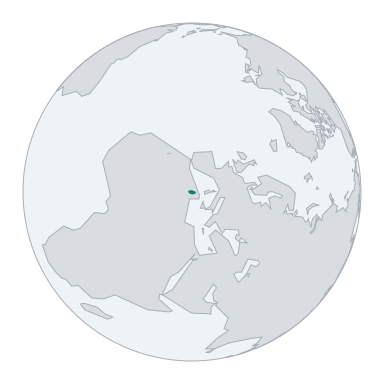 Tébessa highlighted on a globe, orthographic projection, rotated 80°
{"feature_id": "DZA-2223", "entity_name": "Tébessa", "entity_type": "Province", "adm_level": 1, "iso_a3": "DZA", "parent_name": "Algeria", "parent_adm1": "", "projection": "orthographic", "projection_center": [7.688, 35.056], "detail": "fine", "context": "on_globe", "style": "filled", "palette": "teal", "viewbox_px": 384, "rotation_deg": 80, "n_neighbors": 0, "source": "natural_earth", "source_scale": "10m", "svg_char_len": 10565}
<svg xmlns="http://www.w3.org/2000/svg" viewBox="0 0 384 384"><g transform="rotate(80 192 192)"><circle cx="192" cy="192" r="169" fill="#eef3f6" stroke="#a8b0b8"/><path d="M101.6,49.3L108.8,45.3L104.2,48.0L107.7,46.2L113.7,43.0L116.7,41.3L136.8,34.3L157.0,28.4L161.5,26.7L162.0,27.4L169.3,24.7L177.7,23.6L178.3,23.6L169.2,24.9L169.0,25.2L176.2,24.2L177.6,24.4L181.9,24.2L182.9,24.6L177.1,25.9L177.6,26.4L182.7,25.7L186.9,26.1L179.4,26.9L186.0,27.8L177.4,31.1L156.4,34.6L152.7,38.4L133.9,47.6L136.7,47.8L131.3,52.0L132.5,53.9L128.7,55.5L132.9,55.7L136.2,53.9L139.2,53.5L140.2,54.5L135.5,56.6L134.3,56.4L133.4,57.6L130.6,58.2L132.6,58.5L126.8,61.2L134.0,60.3L130.5,63.8L126.3,65.2L124.9,62.8L111.6,61.4L106.9,62.8L101.6,66.7L95.4,78.5L91.0,81.3L86.2,86.7L89.5,86.0L94.4,81.6L99.3,82.0L104.7,77.0L107.5,76.6L113.7,72.8L114.7,76.0L112.3,81.3L107.1,84.8L105.9,87.4L112.3,86.4L104.3,95.7L101.6,107.1L99.3,109.5L92.0,109.2L88.1,102.7L78.6,104.0L86.6,106.0L80.8,112.7L80.6,115.2L82.0,116.7L85.0,115.4L83.4,118.5L74.9,117.2L76.2,114.4L78.9,114.7L77.0,111.9L71.2,111.8L68.6,115.6L62.5,112.9L60.7,115.7L58.3,116.9L61.7,112.5L55.4,120.6L47.9,121.3L39.2,136.1L45.6,120.9L46.6,116.0L47.1,111.9L45.6,114.1L48.2,106.6L47.1,106.0L41.6,115.1L36.6,125.8L34.1,132.7L35.8,129.9L35.4,133.8L30.6,143.4L29.0,153.8L26.3,162.9L25.1,170.5L25.6,173.5L25.7,180.4L27.6,177.7L29.8,179.6L28.0,187.8L30.7,183.2L30.9,189.9L36.4,199.6L35.5,200.7L39.9,218.6L47.6,231.7L49.3,239.7L48.1,242.3L51.4,246.4L51.5,248.9L67.3,264.2L77.5,275.9L78.6,283.9L72.9,288.5L74.4,303.2L65.9,300.3L68.3,305.3L69.4,308.3L60.9,298.6L53.1,288.2L46.2,277.3L40.1,265.9L34.8,254.0L30.6,241.8L27.2,229.3L24.8,216.6L23.4,203.7L23.4,202.7L23.1,196.9L24.1,191.5L25.3,178.9L25.3,175.1L24.4,177.0L25.9,162.6L28.2,151.7L32.1,137.5L36.6,125.7L42.0,114.1L48.3,103.1L55.4,92.5L63.3,82.5L71.9,73.2L81.2,64.4L91.1,56.5L101.6,49.3ZM36.7,140.4L35.1,156.9L33.6,152.3L34.3,152.0L35.2,146.7L36.1,139.6L35.4,136.2L36.7,140.4ZM41.4,136.9L41.4,134.7L41.7,136.3L41.4,136.9ZM117.8,40.7L113.6,43.0L107.8,46.0L111.1,44.0L117.8,40.7ZM129.2,35.9L127.6,36.7L123.9,37.9L125.9,37.0L129.2,35.9ZM164.5,25.7L160.8,26.4L163.9,25.7L164.5,25.7ZM182.3,24.1L182.9,23.9L184.9,23.9L182.3,24.1ZM112.8,71.4L113.2,72.1L111.8,72.4L112.8,71.4ZM115.0,69.2L113.1,69.1L113.9,68.1L115.1,68.1L115.0,69.2ZM188.3,24.7L191.2,25.0L187.2,24.9L188.3,24.7ZM117.3,69.6L115.6,66.2L117.0,64.5L122.7,63.4L117.3,69.6ZM192.3,25.4L199.6,26.5L201.6,26.0L200.1,28.4L194.4,26.4L189.1,26.2L192.3,25.9L192.3,25.4ZM136.8,52.9L133.4,54.8L135.3,52.3L136.8,52.9ZM137.3,51.4L139.0,45.0L144.6,43.0L142.9,45.4L149.4,42.3L151.3,44.4L148.1,46.6L144.1,47.4L147.9,47.6L137.3,51.4ZM198.1,29.7L199.0,30.4L197.0,30.0L198.1,29.7ZM140.5,53.1L140.4,51.9L145.2,50.0L146.4,52.2L144.4,52.0L140.5,53.1ZM150.1,40.6L153.9,39.7L156.5,41.1L158.3,41.1L151.8,44.3L150.1,40.6ZM143.8,53.0L146.9,53.4L145.5,55.3L141.0,54.2L143.8,53.0ZM145.9,48.6L148.3,47.9L147.4,49.0L145.9,48.6ZM142.4,62.9L142.1,61.1L144.6,60.0L142.4,62.9ZM148.1,53.4L148.5,52.7L149.5,52.1L151.1,52.8L148.1,53.4ZM154.1,45.2L154.3,46.1L156.9,43.9L158.9,45.1L154.2,47.2L157.1,46.8L157.7,47.2L153.1,48.4L154.1,45.2ZM155.6,51.8L150.3,55.1L150.3,58.5L148.1,59.5L148.5,54.0L155.6,51.8ZM154.6,49.7L154.7,51.2L151.9,51.6L150.0,50.9L154.6,49.7ZM162.0,45.3L160.1,42.9L161.2,42.6L162.0,45.3ZM156.2,52.6L157.5,51.8L156.5,52.8L156.2,52.6ZM160.8,47.4L160.0,46.5L161.3,46.2L160.8,47.4ZM160.7,51.0L159.0,52.0L157.7,51.5L160.7,51.0ZM161.2,49.3L163.2,49.0L158.2,50.7L160.6,48.9L161.2,49.3ZM162.2,47.2L162.7,46.7L162.3,47.6L162.2,47.2ZM166.7,52.7L160.8,55.0L157.9,53.7L164.0,51.6L166.7,52.7ZM314.0,75.1L310.0,71.1L310.4,71.9L307.4,69.2L312.7,75.2L308.6,71.6L314.8,78.4L317.0,80.0L313.9,75.7L320.9,83.7L323.1,85.5L325.3,88.1L333.9,100.3L341.5,113.2L345.2,121.1L346.5,123.8L346.2,123.9L349.4,132.2L352.3,138.6L357.1,155.9L356.2,156.0L358.7,167.2L359.4,169.2L360.2,176.1L359.7,172.4L359.4,172.1L357.6,162.8L353.6,152.6L354.1,159.5L352.2,154.2L346.9,148.3L346.5,158.1L347.1,182.0L350.2,196.4L349.1,205.9L340.2,192.1L334.5,179.9L332.4,184.2L322.4,178.2L308.1,188.5L305.1,185.8L302.7,189.5L295.4,189.2L290.6,184.5L286.6,187.0L299.4,199.4L303.5,196.6L305.7,187.9L308.5,193.1L315.4,194.6L311.1,213.6L288.4,238.6L284.7,228.2L259.6,203.3L259.5,199.4L259.3,199.0L258.9,198.3L258.2,204.9L253.3,199.6L268.4,218.8L271.6,227.7L288.1,239.4L287.0,241.7L291.8,243.2L305.6,232.1L306.0,235.8L300.4,255.9L280.0,285.7L281.9,298.0L279.0,309.1L264.4,320.1L263.8,326.9L256.1,331.3L254.3,335.2L247.0,340.3L235.5,345.8L217.9,348.5L218.3,345.8L211.7,340.6L203.2,324.4L209.1,315.2L208.2,308.1L195.3,291.7L198.2,281.4L194.4,277.2L186.7,278.5L182.1,273.2L177.4,273.0L146.5,274.7L136.3,266.4L122.1,241.7L127.1,233.4L126.6,222.3L159.7,187.7L168.4,190.5L196.3,185.2L200.0,186.4L198.5,195.7L220.8,204.5L226.0,196.2L244.5,198.7L255.7,195.6L256.6,177.9L238.3,182.6L233.4,175.2L246.7,164.3L262.5,160.6L261.1,157.6L249.7,153.6L251.8,146.6L245.5,151.7L249.2,154.1L245.3,157.6L241.8,155.6L242.7,153.1L237.5,152.9L234.5,165.6L237.9,169.4L225.2,174.2L229.7,181.2L226.7,185.4L218.2,175.2L217.9,170.8L203.2,160.4L202.4,165.2L216.2,175.6L212.5,175.2L211.5,182.5L209.4,176.6L194.5,164.7L182.1,168.2L168.9,186.1L161.1,187.3L153.4,183.4L155.7,165.4L172.8,164.8L173.9,159.1L168.3,150.7L173.9,151.5L173.8,148.2L180.0,147.7L186.7,139.6L192.8,138.5L193.4,128.6L196.6,126.8L195.3,133.0L197.6,137.0L212.4,134.7L214.6,132.3L213.9,126.2L218.0,126.6L215.3,121.1L222.8,117.3L211.5,117.5L210.2,111.1L213.6,105.4L211.2,103.5L205.6,112.8L205.3,116.5L208.2,119.6L205.4,130.8L200.8,133.1L196.0,122.1L188.9,124.5L188.3,115.5L203.6,95.0L211.1,90.4L227.6,95.3L227.1,99.6L220.8,99.8L228.5,105.1L227.0,102.0L230.4,102.6L230.1,97.1L232.5,97.3L228.1,92.0L231.0,91.7L233.8,95.0L235.9,87.3L241.4,85.5L240.7,83.7L238.4,82.3L247.0,81.3L246.1,80.1L243.0,79.9L239.1,77.4L235.6,72.9L238.8,72.8L240.5,74.4L248.8,77.9L252.8,82.7L253.7,82.2L251.0,78.1L240.9,73.7L237.9,71.1L242.8,72.5L240.8,71.8L240.3,70.4L242.8,69.1L237.4,67.4L227.8,54.5L231.6,51.2L237.1,53.6L233.7,45.9L238.3,43.7L235.4,43.4L231.8,40.2L230.3,40.7L228.6,40.4L218.6,33.4L218.7,32.1L211.1,29.6L209.6,29.6L209.0,30.4L200.1,28.4L201.6,26.0L204.9,26.1L203.6,24.9L211.4,25.6L217.3,25.9L226.7,27.9L230.5,28.4L229.5,27.9L234.0,28.5L246.6,32.1L240.8,31.1L222.7,28.1L230.5,29.3L230.0,29.8L233.6,30.7L238.9,31.7L238.7,31.4L254.0,38.4L269.5,45.0L265.2,41.7L266.8,41.6L280.7,48.4L304.7,66.4L307.0,68.2L314.0,75.1ZM150.3,206.8L149.9,210.3L150.3,206.8ZM280.7,165.2L289.2,161.9L282.7,153.2L285.4,151.3L282.2,149.2L282.2,152.6L274.0,146.5L276.6,141.8L274.2,137.7L271.3,138.7L267.7,148.6L279.5,157.0L278.7,162.2L280.7,165.2ZM36.7,199.8L37.1,202.5L36.0,201.0L36.7,199.8ZM32.1,154.8L32.4,157.0L32.1,159.4L31.7,158.2L32.1,154.8ZM37.4,172.2L38.3,175.3L36.8,173.5L37.4,172.2ZM35.2,159.4L36.6,170.1L33.9,167.7L33.1,161.1L34.4,163.7L35.2,159.4ZM38.7,140.5L38.6,142.4L37.8,143.4L38.7,140.5ZM41.6,138.1L41.4,137.7L42.0,135.9L41.6,138.1ZM81.3,112.7L81.9,112.9L82.8,115.0L81.3,115.0L81.3,112.7ZM93.7,119.1L90.8,124.0L91.8,120.3L89.0,121.1L87.6,114.7L98.1,110.4L93.6,113.3L93.7,119.1ZM88.7,105.6L88.4,109.7L88.3,105.4L88.7,105.6ZM166.6,132.0L169.4,134.1L168.0,137.9L160.3,140.4L162.3,134.9L166.6,132.0ZM173.7,136.2L171.0,125.2L175.7,123.5L173.5,126.3L176.9,126.3L174.3,130.7L181.3,140.4L180.5,144.4L166.8,146.3L171.7,143.2L168.7,141.3L173.7,136.2ZM156.1,103.8L155.0,100.0L166.5,101.1L166.2,104.6L158.5,107.0L154.4,104.5L156.1,103.8ZM127.7,68.9L126.5,68.1L127.8,67.4L129.9,67.5L127.7,68.9ZM142.0,62.2L134.1,71.8L132.4,71.3L129.8,78.1L124.2,79.6L126.1,75.0L119.9,81.5L119.3,78.0L115.6,82.7L120.4,72.4L119.6,69.8L122.6,72.0L127.7,70.7L129.7,69.4L134.8,63.8L135.7,58.1L140.9,56.2L144.4,56.4L145.0,57.5L141.4,58.3L144.7,59.2L140.0,61.2L142.0,62.2ZM181.8,65.6L177.4,65.1L183.3,69.1L178.6,70.4L179.6,70.8L176.8,73.2L175.2,76.9L172.8,77.0L173.2,78.4L171.4,80.2L171.2,82.2L166.8,83.4L166.2,86.0L164.5,85.1L164.5,89.5L162.5,86.7L160.0,89.0L163.3,90.5L140.3,93.4L132.2,97.4L126.5,102.5L123.8,97.7L127.4,90.1L134.3,82.4L142.5,79.5L139.8,78.0L143.0,76.3L143.8,78.2L144.4,74.3L147.2,73.5L153.3,67.9L152.5,63.3L154.7,61.4L156.4,62.7L157.4,59.8L162.2,61.2L163.9,59.9L170.3,60.1L172.6,63.8L174.4,62.1L179.3,62.4L181.8,65.6ZM168.5,52.9L172.4,56.5L171.7,59.2L160.8,57.8L158.6,58.8L151.7,58.4L152.8,54.7L154.7,55.1L156.8,54.7L155.6,56.0L158.1,54.6L160.8,55.2L163.5,54.4L164.0,55.7L168.5,52.9ZM203.3,182.7L206.0,182.8L210.1,181.9L209.5,186.7L203.3,182.7ZM193.1,174.6L195.4,173.9L196.5,179.8L193.7,179.9L193.1,174.6ZM195.7,168.6L195.4,173.4L193.9,170.8L195.7,168.6ZM197.3,132.1L199.7,131.1L200.3,132.5L199.5,134.8L197.3,132.1ZM198.3,79.2L195.9,78.1L196.4,77.3L193.5,73.4L196.7,72.3L199.8,74.3L198.3,79.2ZM254.1,181.7L251.4,185.8L249.5,184.7L250.8,183.5L254.1,181.7ZM229.8,187.0L235.9,188.1L229.6,188.3L229.8,187.0ZM201.4,77.4L199.8,75.8L202.4,76.3L201.4,77.4ZM199.0,71.4L201.8,71.5L196.8,71.7L199.0,71.4ZM302.7,297.0L289.3,318.3L282.8,321.3L283.1,317.1L289.1,305.3L297.1,298.8L301.5,291.9L302.7,297.0ZM360.9,187.9L360.0,182.8L360.3,179.7L360.6,180.3L360.9,187.9ZM350.7,197.2L353.3,203.0L352.4,206.4L350.7,197.2ZM348.2,127.6L349.3,130.6L348.5,128.8L346.6,123.9L348.2,127.6ZM227.0,69.0L227.4,75.4L229.9,80.0L234.6,82.1L228.1,82.1L224.3,75.1L227.0,69.0ZM227.3,56.1L223.1,54.7L224.8,53.8L226.0,54.0L227.3,56.1ZM224.9,56.3L220.2,57.5L217.7,55.8L221.9,55.1L224.9,56.3ZM210.9,66.8L210.8,68.7L208.7,68.2L210.9,66.8ZM278.9,47.1L276.7,45.8L275.9,45.3L278.9,47.1ZM273.6,44.1L274.9,44.8L264.6,40.8L261.6,39.6L267.7,41.1L269.2,42.0L272.3,43.5L273.6,44.1ZM200.5,30.1L199.2,30.3L199.4,29.8L200.5,30.1ZM227.8,40.8L225.6,40.3L226.0,39.5L227.8,40.8ZM219.5,38.4L220.7,39.7L218.1,38.4L219.5,38.4ZM223.5,42.7L220.5,40.2L225.3,42.6L223.5,42.7Z" fill="#d9dde1" stroke="#a8b0b8" stroke-width="1"/><path d="M193.0,193.5L192.8,193.7L192.7,193.7L192.4,193.8L192.3,194.0L192.2,194.3L192.1,194.5L191.9,194.5L191.7,194.7L191.6,194.8L191.1,194.8L190.8,194.7L190.7,194.6L190.8,194.2L190.9,193.7L191.0,193.5L191.0,193.4L191.2,193.2L191.3,193.0L191.3,192.9L191.3,192.7L191.2,192.4L191.1,192.2L191.1,192.3L190.9,192.4L191.0,192.5L190.9,192.6L190.9,192.4L191.0,192.2L191.3,191.8L191.3,191.7L191.3,191.4L191.3,191.2L191.6,190.9L192.2,190.4L192.3,190.4L192.3,190.1L192.4,189.8L192.4,189.7L192.5,189.6L192.6,189.4L192.8,189.3L193.0,189.3L193.0,189.2L193.3,189.3L193.3,189.5L193.3,189.8L193.5,190.1L193.5,190.3L193.6,190.6L193.5,190.9L193.4,191.0L193.5,191.2L193.5,191.3L193.8,191.4L193.8,191.5L193.6,191.7L193.5,191.9L193.5,192.0L193.4,192.2L193.4,192.3L193.4,192.5L193.4,192.9L193.3,193.0L193.2,193.3L193.0,193.5Z" fill="#14b8a6" stroke="#0f766e" stroke-width="1.5"/></g></svg>